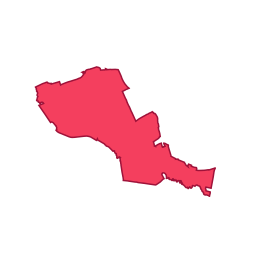 outline of Corlateni, Botosani, Romania, rotated 22°
{"feature_id": "2599482B71395956274801", "entity_name": "Corlateni", "entity_type": "district", "adm_level": 2, "iso_a3": "ROU", "parent_name": "Romania", "parent_adm1": "Botosani", "projection": "orthographic", "projection_center": [26.616, 47.942], "detail": "fine", "context": "isolated", "style": "filled", "palette": "rose", "viewbox_px": 256, "rotation_deg": 22, "n_neighbors": 0, "source": "geoboundaries", "source_scale": "gbopen_adm2", "svg_char_len": 5865}
<svg xmlns="http://www.w3.org/2000/svg" viewBox="0 0 256 256"><g transform="rotate(22 128 128)"><path d="M175.6,169.7L178.1,166.0L178.9,164.2L179.3,163.2L179.8,162.2L180.4,161.5L176.9,158.6L176.6,158.0L176.9,157.6L176.8,156.8L177.9,156.2L178.7,156.2L179.3,156.3L180.9,157.2L181.5,158.2L181.8,158.6L182.3,159.0L182.3,160.0L182.4,160.3L182.7,160.3L183.1,159.9L184.0,159.5L184.2,159.1L184.4,158.8L184.7,158.9L185.0,159.2L185.1,159.9L185.3,160.1L186.1,160.1L186.9,159.8L187.3,159.8L188.1,160.1L188.5,160.2L189.3,159.5L189.2,159.4L188.5,158.9L188.5,158.4L188.8,158.2L189.1,158.4L189.4,158.7L189.5,159.0L189.8,159.5L190.1,159.7L190.5,159.7L190.5,159.4L190.7,159.0L190.8,158.6L190.9,158.4L191.4,158.7L192.0,158.9L192.3,158.5L192.5,158.3L192.8,158.4L192.9,158.6L192.9,159.4L192.9,159.5L193.3,159.7L193.5,159.7L193.9,159.4L194.1,158.8L194.3,158.2L194.4,157.9L195.3,157.6L195.5,158.1L195.8,158.1L196.0,157.9L196.3,157.2L196.8,157.0L197.1,157.2L197.7,157.8L197.6,158.7L197.0,158.7L196.4,159.3L196.6,159.5L197.2,159.4L198.1,158.9L199.1,158.7L199.2,158.8L199.2,159.0L198.7,159.5L198.8,159.8L199.0,160.0L200.5,159.9L202.3,160.6L203.1,161.1L204.1,161.5L204.7,161.4L205.0,161.1L205.3,160.7L205.7,160.6L205.9,160.7L206.0,161.4L206.4,161.6L206.7,161.4L206.8,160.8L207.2,160.1L207.3,159.5L207.6,159.5L208.2,160.0L208.6,160.2L209.0,160.2L209.3,159.8L209.6,159.0L209.6,158.0L209.3,157.7L209.5,157.1L210.1,157.0L211.5,156.9L211.9,156.9L212.4,155.7L213.3,155.0L214.6,155.3L215.8,155.1L216.6,155.2L216.8,155.6L217.4,156.0L217.7,156.5L218.0,156.6L218.3,157.2L219.6,157.9L220.3,158.8L220.6,159.0L221.4,159.1L221.9,159.7L222.6,160.0L222.7,160.6L223.3,161.1L223.9,161.2L224.7,161.2L225.5,160.7L227.5,160.5L228.3,160.5L228.9,160.8L229.1,160.7L228.9,159.7L228.6,157.6L228.3,157.0L228.3,156.7L228.2,156.5L223.8,157.0L223.6,156.5L223.2,155.7L222.8,155.3L222.4,154.7L222.4,153.6L227.6,152.7L227.3,151.2L225.3,141.3L224.1,136.3L224.0,135.3L223.8,134.1L224.0,133.2L223.9,132.5L223.5,132.0L223.6,132.4L223.1,133.0L218.6,136.7L218.2,136.6L214.9,138.5L211.6,140.0L209.0,141.1L207.2,141.5L207.0,140.1L206.7,139.5L206.2,139.1L204.3,139.6L201.1,139.8L200.9,138.8L197.7,138.8L197.6,139.6L197.7,139.9L197.5,140.3L197.8,140.7L197.8,141.2L198.0,141.4L195.8,140.8L194.4,139.7L193.3,139.1L193.2,138.7L186.7,138.7L186.5,138.2L186.1,138.1L185.7,138.2L185.2,138.7L184.1,138.9L183.8,139.1L183.7,138.6L178.4,138.1L178.1,137.4L174.0,132.3L172.5,130.4L171.9,129.2L171.9,128.9L171.4,128.6L170.0,128.7L168.6,128.4L166.9,128.6L166.9,128.8L167.4,129.4L169.2,131.1L167.8,132.1L168.0,132.4L167.1,132.9L166.6,132.5L166.2,131.7L165.7,131.3L164.6,129.6L162.9,130.9L162.4,131.7L161.7,132.3L161.4,132.9L160.7,133.6L160.6,134.0L160.6,134.3L160.3,134.4L160.5,134.8L160.2,134.8L160.0,134.4L159.3,134.8L159.2,134.5L158.4,133.5L157.3,131.9L156.7,131.3L160.2,126.2L160.4,125.4L160.6,124.8L160.5,124.5L160.6,124.3L160.7,123.8L161.0,123.7L159.5,121.2L158.2,119.4L157.3,118.5L156.8,117.7L156.1,116.3L155.9,116.2L155.9,115.8L156.1,115.3L156.0,115.1L154.6,112.8L153.8,112.2L153.6,111.9L153.5,111.6L152.7,110.1L152.0,108.2L151.6,107.7L151.5,107.4L151.1,106.9L148.4,104.8L148.0,104.7L147.6,104.5L147.3,104.7L146.5,104.8L145.9,104.1L145.5,104.1L145.2,104.3L144.8,104.0L144.4,103.8L143.7,104.8L142.1,106.4L141.2,107.7L139.9,108.8L139.8,109.1L139.7,109.4L138.1,111.2L136.2,113.6L134.8,115.4L132.7,118.8L125.7,112.1L124.7,111.3L122.2,108.7L121.6,108.3L121.4,107.9L120.4,107.2L117.8,104.8L117.7,104.5L117.3,104.3L117.2,104.1L116.4,103.3L116.3,102.9L114.4,101.4L109.1,96.2L111.2,93.8L111.7,93.0L112.5,92.4L113.3,91.5L114.1,90.8L113.4,90.4L112.3,90.3L111.8,90.0L108.5,88.2L106.3,86.6L104.5,85.0L103.3,83.8L102.7,83.0L101.1,81.4L98.5,78.9L97.0,77.6L94.3,78.4L90.7,80.0L89.6,80.3L86.4,81.9L86.2,81.4L84.9,81.4L85.3,82.3L85.1,82.5L84.2,83.1L83.5,83.3L83.0,83.6L80.9,84.6L80.0,83.3L79.5,83.0L78.2,82.8L77.2,83.0L76.1,83.1L71.9,86.7L71.5,86.9L71.2,87.2L71.2,87.3L70.8,87.7L69.3,88.5L68.0,89.5L67.5,90.2L67.4,90.6L67.4,91.6L67.5,92.9L67.4,93.4L66.7,93.0L66.0,92.1L65.6,92.4L64.6,93.5L65.1,93.5L65.8,94.0L66.8,95.2L66.5,96.0L66.3,96.9L65.7,98.4L65.1,99.3L63.8,100.4L62.4,101.9L57.4,106.0L55.1,107.8L52.9,109.8L50.2,112.4L49.4,113.4L47.1,110.7L40.4,116.0L40.0,115.4L39.1,115.9L37.7,116.2L36.9,116.1L36.5,116.3L36.0,115.8L35.7,115.8L34.4,116.9L34.1,117.3L33.1,118.1L32.1,119.0L26.9,124.7L27.2,125.1L27.9,125.4L28.3,125.7L28.4,126.4L29.1,127.3L29.4,127.7L30.2,128.2L30.3,128.4L30.1,128.5L30.6,128.8L31.1,129.3L31.3,130.0L31.2,130.3L31.3,130.8L31.3,131.5L31.7,132.0L32.6,132.4L32.6,133.2L32.6,133.8L32.6,134.3L33.0,135.7L32.8,136.3L33.0,136.7L33.4,136.9L34.7,136.8L34.9,137.3L35.2,137.6L35.5,137.6L36.6,137.5L36.9,138.1L37.1,138.2L37.6,138.0L37.5,137.7L37.6,137.0L38.5,136.3L39.4,136.2L39.9,136.4L40.6,136.9L36.9,140.4L46.0,146.4L54.1,151.9L54.5,151.3L54.7,151.1L55.7,151.0L56.7,151.1L59.2,152.5L60.5,153.0L60.5,153.3L61.6,154.1L61.9,154.7L62.0,155.3L62.2,155.8L62.6,156.3L62.1,157.0L63.0,157.5L64.0,157.9L65.9,158.2L76.8,158.2L78.5,158.0L79.5,157.7L81.4,156.9L90.5,152.0L92.8,150.9L95.3,150.4L96.8,150.3L103.3,151.3L103.7,149.4L104.5,150.5L105.0,150.8L105.5,150.6L106.4,150.6L106.7,150.8L112.2,151.6L112.8,152.1L113.2,152.2L113.6,152.2L114.5,152.8L115.6,152.8L116.3,152.7L116.8,152.7L117.5,152.9L121.3,154.5L122.5,155.1L122.9,155.1L123.2,154.8L123.4,154.4L123.9,154.3L124.0,154.3L124.3,154.9L124.9,155.6L125.1,155.7L125.6,156.2L126.0,156.4L126.5,156.1L126.9,156.3L127.1,156.9L127.2,157.5L128.3,158.3L128.4,158.7L128.6,159.5L129.0,160.0L129.4,160.1L129.9,159.6L130.4,159.0L130.5,158.4L130.6,158.1L131.0,158.0L132.1,158.3L131.9,159.1L132.9,160.7L132.9,161.4L133.4,161.5L133.5,161.6L134.9,164.1L135.2,164.4L135.4,165.0L139.0,171.1L142.1,175.9L142.9,177.4L143.2,177.9L143.3,178.4L147.4,177.2L150.5,176.5L155.0,175.4L156.0,175.0L157.8,174.8L164.1,173.1L167.9,172.2L174.8,170.5L175.2,170.2L175.6,169.7Z" fill="#f43f5e" stroke="#9f1239" stroke-width="1.5"/></g></svg>